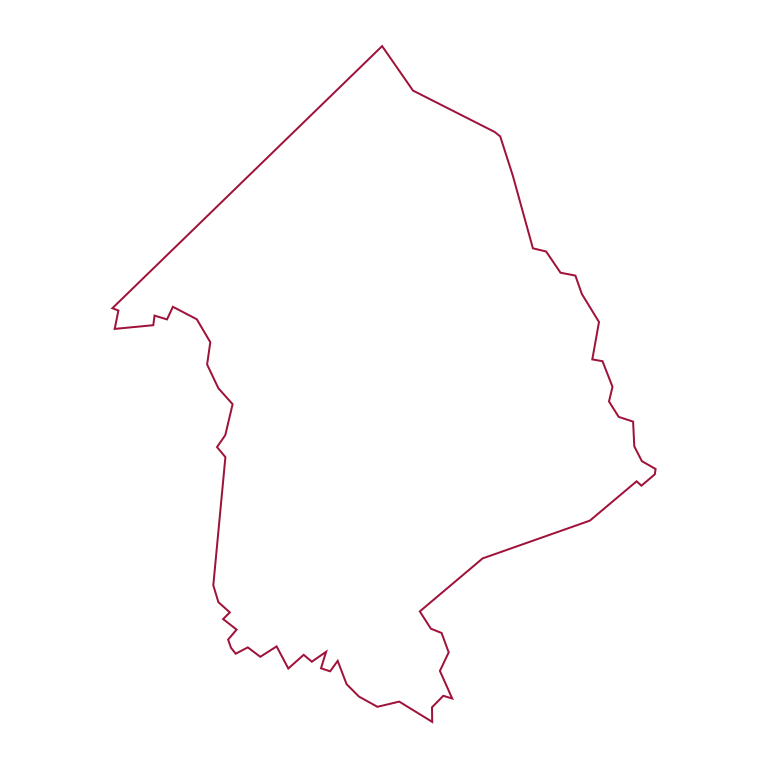 outline of Victoria, Texas, United States of America
{"feature_id": "52423323B26003221317012", "entity_name": "Victoria", "entity_type": "district", "adm_level": 2, "iso_a3": "USA", "parent_name": "United States of America", "parent_adm1": "Texas", "projection": "equal_earth", "projection_center": [-96.974, 28.795], "detail": "fine", "context": "isolated", "style": "outline", "palette": "rose", "viewbox_px": 768, "rotation_deg": 0, "n_neighbors": 0, "source": "geoboundaries", "source_scale": "gbopen_adm2", "svg_char_len": 988}
<svg xmlns="http://www.w3.org/2000/svg" viewBox="0 0 768 768"><path d="M382.1,46.1L112.4,308.2L118.4,310.5L114.7,328.9L153.3,325.2L154.5,315.6L167.0,319.4L172.9,306.8L196.8,319.3L210.3,342.2L207.1,364.5L218.4,388.3L232.6,404.2L225.3,435.1L217.0,447.1L225.4,457.1L213.3,585.3L218.4,602.2L229.8,612.4L223.1,619.1L236.6,629.6L228.1,639.6L231.0,647.8L235.7,653.7L247.8,647.4L260.3,656.8L276.6,646.4L288.3,668.5L303.7,654.8L311.8,661.7L326.1,651.8L321.0,668.3L330.1,671.3L337.7,660.9L346.6,684.2L359.0,696.6L377.4,706.8L399.2,701.6L432.2,721.9L432.0,707.3L443.3,695.8L452.2,698.5L439.9,670.9L448.7,652.4L441.6,633.0L430.9,628.7L419.8,611.4L482.6,558.4L589.9,520.6L636.6,481.3L641.4,485.7L654.8,474.3L655.6,469.0L641.9,461.2L634.3,446.4L633.1,421.6L618.7,416.9L609.0,401.5L612.5,386.8L602.5,361.2L592.3,359.4L599.0,322.0L581.8,293.9L575.4,275.6L560.5,272.7L546.1,251.5L532.9,248.3L512.8,175.6L500.2,136.4L494.7,132.0L413.0,90.6L382.1,46.1Z" fill="none" stroke="#9f1239" stroke-width="2"/></svg>